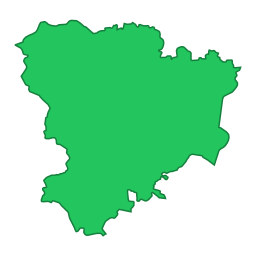 an SVG outline of Volgograd
{"feature_id": "RUS-2369", "entity_name": "Volgograd", "entity_type": "Region", "adm_level": 1, "iso_a3": "RUS", "parent_name": "Russia", "parent_adm1": "", "projection": "albers", "projection_center": [44.238, 49.343], "detail": "fine", "context": "isolated", "style": "filled", "palette": "green", "viewbox_px": 256, "rotation_deg": 0, "n_neighbors": 0, "source": "natural_earth", "source_scale": "10m", "svg_char_len": 5694}
<svg xmlns="http://www.w3.org/2000/svg" viewBox="0 0 256 256"><path d="M240.6,67.3L239.7,69.8L239.2,70.4L236.8,71.6L236.2,72.1L235.8,73.2L236.7,74.5L236.9,75.4L236.6,76.2L235.3,77.5L235.0,78.3L235.3,79.9L237.4,82.6L237.5,84.7L236.9,86.3L234.7,89.3L232.3,92.0L224.5,95.9L223.2,97.2L222.5,99.5L218.8,127.3L220.9,128.0L226.5,132.0L228.5,134.4L229.0,137.3L228.4,140.3L227.0,143.2L225.2,145.7L223.7,147.1L221.0,148.7L219.7,149.7L218.8,151.0L214.3,165.0L207.7,160.0L203.4,157.5L202.9,157.1L202.3,155.9L202.0,155.7L193.0,154.3L192.1,154.3L191.0,154.6L189.3,155.8L189.0,156.3L188.6,157.5L187.3,158.9L185.7,161.8L182.2,166.0L181.5,166.6L179.2,167.2L178.0,168.4L177.0,170.1L174.3,170.8L172.7,171.4L170.1,171.6L166.8,173.3L164.6,172.3L163.1,172.6L161.7,173.7L161.6,174.0L161.8,174.6L162.2,175.3L163.2,175.9L165.1,175.4L166.0,175.6L167.1,176.8L167.9,177.2L168.0,177.4L167.8,178.0L166.9,179.4L166.0,179.6L165.5,179.4L163.1,177.1L161.2,176.7L160.8,177.1L160.6,178.5L160.4,179.2L158.3,179.9L157.3,180.9L155.5,181.8L155.2,182.1L155.1,183.9L154.8,184.4L153.6,185.4L153.5,185.7L154.0,186.5L153.8,187.3L153.4,188.2L153.4,188.7L153.5,189.0L159.9,190.8L160.2,191.3L160.1,192.8L160.3,193.6L163.9,194.8L164.9,196.5L165.5,198.5L159.0,197.7L157.7,196.3L152.6,192.4L152.3,192.4L151.6,193.3L151.5,193.7L152.0,195.1L151.9,196.0L149.1,199.1L147.7,200.2L146.4,200.8L145.3,200.9L141.0,199.1L140.3,199.6L139.4,200.9L139.0,201.1L137.8,201.1L137.2,200.9L136.9,200.4L137.1,197.8L136.7,195.2L136.7,193.1L136.5,192.7L134.2,192.2L133.0,191.1L131.2,191.1L130.0,189.9L128.1,189.7L127.6,190.4L127.5,192.2L128.2,199.0L128.7,200.7L129.4,201.2L133.6,201.6L133.9,202.1L133.9,205.2L133.2,206.5L131.2,208.6L131.0,209.5L131.0,211.8L119.4,209.4L118.5,209.9L117.0,211.9L117.0,212.4L117.7,213.7L117.5,214.7L115.3,217.5L114.6,218.0L114.1,218.1L112.1,217.7L111.1,217.8L110.2,218.0L105.9,221.0L105.0,222.2L103.0,226.5L102.2,228.5L102.7,229.8L105.9,233.9L104.9,234.2L103.4,235.6L102.9,235.6L101.8,234.2L100.9,233.5L99.8,233.3L96.4,233.4L88.0,235.2L86.5,235.2L85.2,234.5L84.1,233.0L83.8,232.3L84.1,229.8L84.0,228.8L83.6,228.3L83.2,228.1L80.3,228.0L77.9,231.1L76.6,231.6L76.2,231.6L75.9,231.2L75.5,230.6L74.3,227.4L70.0,219.0L69.5,217.6L68.5,213.3L68.1,212.1L61.5,205.6L60.1,203.7L59.2,202.8L53.3,200.8L52.4,201.1L51.3,202.5L51.0,202.5L49.1,201.6L47.3,201.4L43.5,201.7L41.7,201.5L41.4,201.0L41.4,199.7L42.7,196.0L43.1,195.4L44.4,194.4L44.5,194.1L44.5,192.6L44.3,191.8L42.9,190.1L42.7,189.1L42.8,188.4L43.5,187.8L46.2,187.4L46.5,187.0L46.3,185.9L45.5,183.9L43.9,180.8L43.9,180.3L44.2,179.9L46.2,177.8L47.5,177.0L51.7,175.2L54.9,175.2L56.7,174.6L58.3,174.9L60.5,173.7L62.3,173.6L63.4,172.9L65.0,172.6L66.0,170.9L67.3,170.2L67.8,168.7L67.7,167.8L66.3,164.9L66.0,163.8L66.1,163.5L66.5,162.7L67.9,160.9L69.4,159.2L69.7,158.6L69.7,158.2L69.5,157.5L68.9,155.9L67.1,153.7L66.6,152.7L67.0,149.9L66.8,148.9L60.1,144.5L57.5,144.2L56.9,143.9L56.5,143.0L56.2,139.9L55.7,138.8L55.2,138.2L54.0,137.7L52.7,137.7L48.9,138.7L46.0,138.6L45.5,138.4L45.1,137.9L45.0,137.6L45.3,136.0L45.3,135.1L44.1,132.6L43.9,131.7L44.4,131.0L45.7,130.7L46.1,130.2L46.0,126.3L45.0,124.5L44.9,123.8L45.4,121.1L45.7,118.1L46.0,117.5L46.8,117.2L47.2,116.8L47.5,114.4L48.4,111.7L49.9,108.8L49.9,107.8L48.5,105.2L47.7,104.1L43.6,100.5L40.3,97.0L39.2,95.4L29.9,91.6L29.2,90.6L28.8,89.4L28.9,88.0L29.3,86.8L29.1,86.5L28.3,85.8L26.3,85.0L25.6,84.5L21.2,76.3L26.0,69.1L26.8,67.1L26.1,65.2L24.0,61.9L23.8,60.8L24.0,60.0L24.4,59.1L25.2,58.0L27.6,57.0L27.8,56.6L27.9,55.4L27.5,55.1L24.4,54.5L23.7,54.1L23.4,53.8L22.0,49.7L21.1,48.5L20.6,48.0L16.3,45.7L15.4,45.1L15.4,44.8L22.8,42.1L23.2,41.6L23.1,40.6L23.7,39.4L25.6,37.3L29.1,35.3L32.6,33.9L35.8,32.0L36.3,31.5L37.6,29.3L39.5,24.4L40.7,22.5L44.1,21.7L45.1,21.8L46.8,22.9L48.2,24.3L50.9,25.4L55.8,26.1L57.2,25.8L58.9,24.8L66.2,24.3L67.1,23.6L69.3,21.1L71.3,20.4L75.9,20.7L76.9,20.9L80.4,23.2L84.1,26.5L85.9,27.0L93.0,33.3L94.0,33.5L96.7,33.1L98.3,31.9L100.3,31.0L102.2,30.7L104.5,30.6L105.1,29.9L105.2,29.6L104.9,28.4L105.5,28.0L110.0,27.6L111.3,28.1L112.0,28.0L112.8,27.3L113.6,25.5L115.1,25.6L116.2,24.7L116.8,24.9L117.3,25.7L117.3,27.1L116.9,29.2L117.1,29.8L117.8,29.6L119.2,28.6L120.2,28.5L121.1,28.0L121.6,28.2L122.1,29.2L122.6,29.2L122.8,29.1L123.3,27.9L124.3,23.5L127.0,24.3L131.4,23.9L131.9,23.5L132.4,22.6L132.7,22.5L133.8,23.4L135.5,24.4L136.5,26.1L137.3,26.8L138.1,26.9L138.7,26.5L138.8,26.2L138.9,25.0L139.3,24.6L140.3,24.7L143.7,25.9L147.8,25.7L148.5,25.9L149.2,27.5L149.4,27.7L150.8,27.8L152.4,26.9L153.9,27.2L154.4,27.9L154.4,28.9L155.0,29.5L157.5,30.4L159.1,31.4L159.6,32.0L160.1,34.3L159.9,36.7L160.0,37.3L160.5,37.8L162.6,39.4L163.2,40.3L163.5,41.2L163.7,42.8L163.6,44.3L163.0,46.6L162.0,48.7L160.9,49.6L159.0,49.9L158.7,50.4L158.7,50.7L159.1,51.2L161.2,51.8L161.8,52.4L161.8,53.0L160.8,54.8L160.4,56.1L160.4,57.1L160.9,57.5L165.5,57.4L166.2,57.1L166.8,56.5L167.5,56.0L170.5,56.0L171.1,56.6L171.2,58.7L171.4,59.2L172.0,58.9L173.0,57.7L176.7,57.0L177.1,56.5L177.2,56.0L176.9,54.3L176.5,51.1L176.6,50.2L176.9,49.3L177.5,48.4L179.0,47.5L181.6,46.7L183.0,46.8L184.4,47.5L187.9,50.9L189.9,51.7L190.8,52.7L191.0,53.4L191.0,59.5L191.4,60.3L192.1,60.5L198.2,60.1L198.8,59.4L199.2,58.0L200.2,57.7L201.1,57.8L201.4,58.5L201.9,58.8L205.6,58.9L205.8,58.7L205.9,58.3L205.4,56.6L205.4,55.9L205.5,55.4L206.9,54.3L207.5,54.1L208.5,54.2L208.9,50.8L209.1,50.2L209.4,50.1L211.4,50.9L212.1,51.0L213.8,50.5L214.5,50.8L215.9,52.4L218.4,53.2L218.4,53.7L217.5,55.3L217.4,55.9L217.5,56.3L218.4,57.1L219.8,57.5L219.9,59.1L220.3,59.8L221.7,60.7L222.2,61.5L223.0,61.8L225.0,62.1L226.1,61.7L226.6,60.5L227.0,60.2L231.7,60.1L232.0,60.2L232.2,60.6L232.4,63.8L233.5,65.3L233.6,67.5L235.0,67.8L240.6,67.3Z" fill="#22c55e" stroke="#15803d" stroke-width="1.5"/></svg>